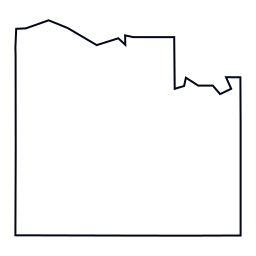 Douglas, Kansas, United States of America (orthographic projection)
{"feature_id": "52423323B27680386687598", "entity_name": "Douglas", "entity_type": "district", "adm_level": 2, "iso_a3": "USA", "parent_name": "United States of America", "parent_adm1": "Kansas", "projection": "orthographic", "projection_center": [-95.249, 38.904], "detail": "fine", "context": "isolated", "style": "outline", "palette": "ink", "viewbox_px": 256, "rotation_deg": 0, "n_neighbors": 0, "source": "geoboundaries", "source_scale": "gbopen_adm2", "svg_char_len": 490}
<svg xmlns="http://www.w3.org/2000/svg" viewBox="0 0 256 256"><path d="M240.4,77.3L226.0,77.2L231.2,88.8L220.1,94.1L212.8,85.6L198.2,85.6L185.9,77.7L184.1,86.0L174.7,88.8L174.5,67.9L174.2,37.1L133.1,37.1L125.1,35.4L125.3,44.8L118.3,38.3L96.7,45.1L67.6,28.0L48.6,20.3L25.7,28.4L16.2,28.8L15.4,47.8L15.6,55.9L15.7,150.2L15.6,178.7L15.4,235.3L134.4,235.6L146.8,235.6L184.3,235.7L240.6,235.5L240.6,197.7L240.6,150.4L240.6,122.0L240.4,77.3Z" fill="none" stroke="#020617" stroke-width="2"/></svg>